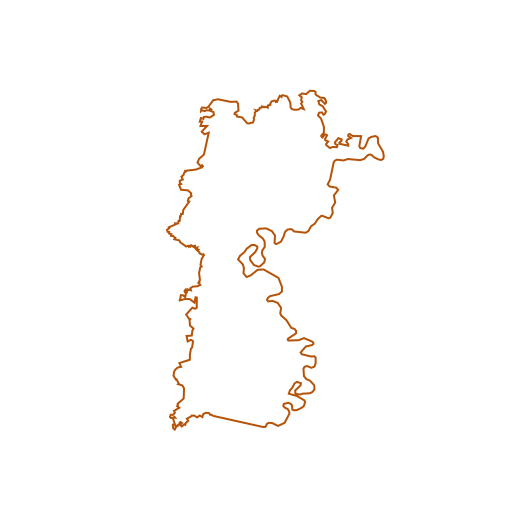 the district of Platón Sánchez, Veracruz, Mexico, rotated 54°
{"feature_id": "50627088B47850104568837", "entity_name": "Platón Sánchez", "entity_type": "district", "adm_level": 2, "iso_a3": "MEX", "parent_name": "Mexico", "parent_adm1": "Veracruz", "projection": "robinson", "projection_center": [-98.391, 21.297], "detail": "fine", "context": "isolated", "style": "outline", "palette": "amber", "viewbox_px": 512, "rotation_deg": 54, "n_neighbors": 0, "source": "geoboundaries", "source_scale": "gbopen_adm2", "svg_char_len": 6156}
<svg xmlns="http://www.w3.org/2000/svg" viewBox="0 0 512 512"><g transform="rotate(54 256 256)"><path d="M349.7,410.8L349.6,407.8L347.0,407.6L347.7,402.4L347.3,401.9L348.8,399.7L351.9,398.6L352.0,395.3L354.8,394.0L352.9,391.5L353.4,388.7L355.4,386.4L357.6,386.4L358.3,385.3L360.2,384.6L398.7,350.6L399.8,348.7L398.2,345.7L398.5,343.6L401.0,340.9L406.4,338.1L407.8,330.9L403.2,321.7L401.5,320.6L398.5,320.3L395.4,321.9L393.4,322.1L392.0,320.4L393.8,316.1L396.1,314.7L398.0,314.7L401.7,316.9L403.5,315.5L404.7,313.3L405.6,308.7L405.6,305.9L405.0,304.6L402.6,301.8L400.7,301.9L393.3,305.2L386.7,310.4L384.7,307.6L383.9,304.1L381.7,299.7L381.9,296.9L385.3,294.4L386.9,296.1L387.8,303.3L390.3,304.9L392.1,303.9L394.2,301.4L394.5,299.7L398.6,293.3L399.2,290.8L398.4,287.2L395.1,285.0L393.4,285.0L388.6,285.6L385.3,287.6L381.4,287.8L375.3,284.0L374.4,282.7L374.4,280.6L375.4,279.1L379.0,276.9L379.8,273.7L377.6,270.6L373.1,267.4L371.4,267.8L369.8,270.4L362.4,276.7L360.3,276.6L358.5,268.9L361.1,262.8L360.8,261.1L359.7,260.6L358.5,260.7L350.6,265.5L349.3,270.8L343.5,279.4L342.5,279.6L341.7,278.8L342.1,269.1L340.3,267.6L337.6,267.7L335.0,269.7L325.7,269.1L319.0,270.6L316.7,270.1L312.7,266.2L306.7,266.0L302.1,269.0L299.9,272.8L297.9,272.9L296.8,270.6L296.8,268.0L300.3,259.9L300.0,255.9L296.1,253.1L286.9,250.7L271.3,257.8L268.1,262.9L268.6,271.6L267.4,276.0L262.6,276.3L258.9,273.0L255.2,271.6L248.2,272.5L246.4,268.7L246.1,263.3L244.6,259.2L244.5,253.2L246.2,250.7L249.1,249.4L250.6,250.5L252.4,254.4L253.3,261.5L256.0,263.1L262.0,263.0L265.9,260.4L266.7,258.9L266.0,253.1L263.7,250.4L259.7,250.5L256.8,249.3L255.1,247.4L253.8,243.6L249.4,240.5L245.9,240.2L240.8,241.6L237.9,241.5L236.0,240.2L235.9,237.3L239.6,231.6L245.2,228.5L250.6,228.6L256.2,233.2L258.0,232.9L258.4,232.1L259.1,227.3L256.2,221.8L253.7,218.6L253.1,215.1L254.4,212.5L255.7,211.2L258.5,210.8L266.4,202.1L266.6,198.9L264.3,194.0L264.4,189.4L262.5,184.5L261.9,179.8L262.2,178.9L268.2,175.1L268.6,173.2L266.3,168.6L261.7,166.1L259.3,160.5L252.8,157.4L250.8,150.6L247.8,151.0L243.0,155.6L240.1,155.9L237.8,151.2L225.9,138.1L225.2,136.2L225.7,133.8L230.1,129.1L231.6,124.6L239.7,115.4L241.0,111.5L240.2,106.6L240.5,104.6L242.2,103.1L245.7,102.4L249.9,100.1L251.9,98.3L252.2,95.9L250.4,94.0L246.4,92.0L236.7,91.0L231.7,87.8L229.3,88.7L227.5,92.4L227.0,95.7L231.7,103.3L232.2,106.2L229.9,108.2L227.9,107.9L220.8,100.5L215.8,107.2L212.2,108.6L212.1,109.9L213.0,110.9L216.4,109.7L215.5,113.4L216.4,115.7L219.8,115.7L221.0,116.5L214.3,122.5L213.3,122.0L213.1,119.1L212.1,118.2L209.1,120.0L210.4,125.4L212.2,126.0L214.2,124.9L215.5,126.5L212.6,130.4L212.2,132.7L207.8,133.9L206.7,133.7L205.8,130.3L203.2,131.8L202.0,131.6L200.2,127.6L198.9,127.9L198.2,129.0L199.2,132.6L197.7,132.9L196.9,132.3L196.2,128.7L191.6,125.2L183.0,122.6L178.7,123.2L177.1,120.7L178.7,118.2L181.4,118.4L181.6,117.1L180.3,114.4L174.0,114.0L170.6,115.7L167.3,114.5L168.2,111.5L173.5,110.8L173.4,109.6L171.9,108.3L168.4,107.8L165.6,110.9L161.0,112.7L159.8,112.7L158.5,111.4L157.1,111.6L154.0,115.2L154.5,120.3L151.6,123.2L151.5,126.5L154.4,125.7L156.6,128.0L158.5,127.9L159.2,129.9L165.2,131.0L162.4,132.8L162.6,135.3L160.6,138.6L158.3,140.6L156.4,140.7L151.8,138.0L145.3,137.0L141.7,139.8L141.4,140.8L142.3,141.9L140.4,142.6L142.2,146.2L142.8,145.8L142.5,146.3L143.7,148.4L143.1,149.4L142.1,148.9L141.2,149.5L140.1,152.5L141.3,155.2L142.2,155.6L141.2,157.8L142.9,159.3L141.4,160.0L140.4,162.0L139.7,162.0L139.2,163.9L138.6,163.7L139.0,164.8L138.4,165.9L139.5,167.4L138.8,168.6L139.4,169.7L138.2,170.5L138.9,170.5L139.3,172.7L141.8,174.5L142.7,176.5L144.6,177.6L146.2,179.9L144.4,184.2L143.5,185.1L135.7,185.8L132.0,189.4L130.6,188.7L128.5,189.9L127.8,189.1L128.1,184.7L122.2,181.0L119.7,180.9L116.6,185.7L106.9,194.6L104.8,199.1L107.4,207.0L107.0,209.3L104.2,212.2L104.7,213.8L106.4,215.2L106.2,214.2L108.6,212.4L109.1,210.2L110.9,208.2L109.7,206.5L111.3,206.0L112.2,207.3L114.6,205.8L117.1,207.1L116.8,212.0L114.0,214.4L112.9,216.5L114.1,218.0L112.0,219.5L114.3,222.5L115.6,220.6L118.2,224.5L122.0,219.2L123.5,226.8L124.1,226.8L127.2,226.1L128.5,221.8L143.4,238.6L143.9,244.8L146.0,248.4L150.2,248.1L150.7,247.8L150.8,246.3L152.3,246.3L152.5,247.6L150.8,253.7L145.5,263.2L146.5,263.5L146.3,264.9L147.8,267.1L148.0,269.7L151.1,270.3L150.3,273.4L152.1,274.7L153.7,274.3L153.2,276.4L158.3,277.7L162.9,272.5L167.2,271.6L168.2,272.7L169.6,272.9L169.7,276.8L171.4,278.8L172.7,278.0L176.0,287.8L178.9,290.5L177.9,291.9L179.6,293.5L179.2,294.0L182.8,297.2L182.1,298.1L183.9,299.8L182.1,302.2L183.2,302.4L181.5,309.7L182.6,309.9L182.5,312.6L184.5,313.3L185.5,312.1L186.8,313.1L188.5,311.6L189.8,312.9L191.0,311.4L194.0,310.6L194.5,312.2L198.4,308.8L200.0,309.3L207.2,307.0L208.1,304.5L209.2,304.8L209.1,303.7L209.8,303.5L209.2,302.1L212.4,301.0L211.4,300.2L211.9,299.3L214.1,300.2L214.6,298.8L215.1,300.4L215.9,300.4L215.6,299.5L217.0,298.8L217.0,300.1L219.8,299.6L220.7,300.1L223.1,298.8L223.6,297.5L224.6,297.5L226.5,301.8L230.5,306.1L232.6,306.2L232.4,307.8L236.5,312.2L242.5,315.5L243.7,318.1L244.2,317.3L245.5,318.4L246.6,318.1L246.1,321.1L243.6,325.2L243.5,328.1L245.5,328.8L242.7,331.0L243.7,331.5L243.5,332.1L244.2,332.8L241.8,332.9L242.4,334.5L244.1,334.7L244.4,334.0L247.7,337.5L245.1,338.0L243.5,339.8L247.0,343.4L246.8,344.7L248.9,339.1L251.9,334.9L257.6,333.2L253.9,329.2L254.8,328.3L263.2,334.5L262.8,336.4L260.4,337.8L262.3,346.9L267.0,347.1L268.3,346.4L268.3,347.1L273.5,350.3L278.0,349.2L279.0,351.4L282.6,354.7L279.9,359.2L285.0,361.5L285.5,357.9L287.9,357.0L292.4,361.4L292.8,363.2L296.8,367.3L301.0,370.5L297.6,380.9L301.7,381.8L300.2,384.8L300.5,388.0L301.4,390.1L304.3,393.1L309.0,393.4L309.1,392.8L314.0,393.5L314.0,394.2L317.4,391.7L320.8,392.0L328.8,398.3L329.5,406.3L330.7,406.7L331.1,408.1L333.7,407.3L333.1,413.4L335.1,413.7L335.8,416.5L334.3,418.2L335.6,420.2L337.1,420.0L338.0,418.8L338.2,416.5L339.3,416.4L338.6,417.4L338.8,418.7L344.4,420.5L343.6,422.4L344.1,422.9L346.7,424.2L348.6,423.8L347.7,421.7L346.3,421.2L347.5,419.5L346.8,419.1L347.1,415.5L346.0,415.7L345.9,414.7L347.6,414.1L348.1,416.7L350.3,416.2L350.0,413.0L351.0,412.5L349.7,410.8Z" fill="none" stroke="#b45309" stroke-width="2"/></g></svg>